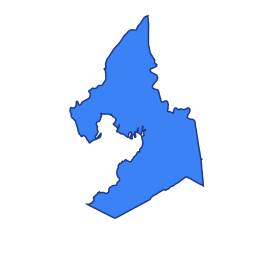 El Estor, Izabal, Guatemala, rotated 150°
{"feature_id": "79465075B63823362918265", "entity_name": "El Estor", "entity_type": "district", "adm_level": 2, "iso_a3": "GTM", "parent_name": "Guatemala", "parent_adm1": "Izabal", "projection": "robinson", "projection_center": [-89.332, 15.436], "detail": "fine", "context": "isolated", "style": "filled", "palette": "blue", "viewbox_px": 256, "rotation_deg": 150, "n_neighbors": 0, "source": "geoboundaries", "source_scale": "gbopen_adm2", "svg_char_len": 5893}
<svg xmlns="http://www.w3.org/2000/svg" viewBox="0 0 256 256"><g transform="rotate(150 128 128)"><path d="M66.8,100.5L66.9,101.7L67.2,102.6L68.7,103.9L69.7,104.3L69.8,104.6L70.5,105.5L71.3,106.6L71.3,107.8L69.3,109.6L67.5,110.5L65.9,111.8L65.2,112.9L65.0,113.6L65.1,114.5L65.9,115.3L66.9,115.6L67.6,115.5L70.2,115.8L73.2,118.5L74.1,118.1L74.5,118.2L76.0,119.9L75.9,120.6L77.3,121.8L78.4,121.5L79.1,120.7L80.0,120.0L80.9,118.9L81.0,118.4L81.7,118.4L83.4,121.0L83.8,121.4L84.7,121.6L85.4,122.5L85.2,123.0L83.7,124.7L82.5,126.7L81.5,127.8L81.2,129.3L80.9,130.0L80.8,131.5L81.3,132.3L82.5,132.9L84.3,132.8L85.3,133.3L86.0,134.3L85.7,136.0L85.2,136.9L84.7,139.4L83.4,143.6L83.1,145.6L83.2,146.0L83.6,146.6L84.8,147.6L86.2,149.5L86.6,150.2L86.6,151.0L86.2,151.6L85.0,152.6L82.3,153.8L80.0,154.5L78.5,155.3L77.5,156.2L77.0,157.1L76.8,157.8L76.8,159.4L77.6,160.6L77.8,161.5L78.4,162.0L80.1,164.9L80.2,165.9L79.8,167.0L79.4,167.6L78.9,167.9L77.9,167.5L76.9,167.7L75.0,167.2L73.8,167.2L72.0,167.5L71.4,168.2L71.7,169.5L72.3,170.1L72.3,171.1L71.9,172.1L71.0,173.4L70.8,175.0L71.1,175.6L71.1,178.8L71.2,179.0L71.2,181.9L69.9,185.9L69.4,186.9L68.7,189.7L67.7,191.5L67.2,192.7L65.8,194.7L65.8,195.1L64.8,196.5L60.9,203.3L59.3,205.7L58.9,206.7L58.4,207.3L55.3,214.4L54.6,215.2L57.3,215.7L58.4,215.6L62.0,214.0L62.5,213.6L64.4,212.6L66.2,211.9L68.3,211.3L69.2,210.8L70.8,209.5L72.2,208.9L73.0,209.2L75.4,211.1L77.5,211.7L80.1,211.3L80.7,210.9L84.6,209.9L86.9,209.0L88.4,208.0L91.5,206.5L101.5,203.2L103.1,202.2L105.0,201.4L108.7,199.3L111.8,198.1L113.6,196.5L115.4,194.6L117.2,190.9L117.9,190.7L118.4,191.3L118.7,191.3L119.1,191.0L119.1,190.1L118.9,189.0L119.1,188.4L120.2,185.9L122.5,181.7L123.4,180.8L124.7,180.1L127.2,179.0L128.1,178.4L129.0,178.1L129.9,178.2L130.8,178.9L132.3,179.4L133.6,179.2L135.1,178.4L137.2,178.8L138.8,180.3L140.8,179.9L141.3,179.5L142.8,179.9L143.2,179.8L143.5,179.5L143.7,178.8L143.4,177.2L144.0,175.6L145.8,173.8L146.4,173.5L148.3,173.2L154.0,173.4L154.9,173.2L157.3,171.9L158.4,172.0L158.8,172.4L158.9,173.0L158.4,176.1L158.6,176.4L159.0,176.6L159.4,176.5L159.9,176.2L160.5,175.3L160.5,175.0L161.8,173.4L162.6,172.8L163.3,172.4L164.2,172.4L165.1,172.6L166.3,173.3L167.2,174.3L168.2,173.7L169.2,172.5L170.0,170.8L170.1,170.2L170.0,169.1L170.6,168.2L170.9,167.1L171.4,166.0L171.3,164.3L170.6,163.0L170.5,161.8L170.0,160.8L170.1,160.2L171.7,153.2L172.8,150.0L173.0,148.2L173.3,147.0L173.3,146.7L172.7,146.3L172.7,144.0L172.1,143.7L171.6,143.7L171.1,144.1L170.1,143.9L169.9,142.9L169.6,142.7L169.1,141.6L169.0,139.3L169.4,138.4L168.8,136.4L168.9,134.5L167.9,134.2L167.1,134.5L163.9,134.8L161.6,134.2L158.4,133.9L156.9,134.0L155.8,134.5L154.1,136.5L154.1,136.9L154.7,136.9L156.4,136.0L158.6,135.2L159.9,134.5L160.6,135.0L160.9,135.7L161.0,136.7L160.5,137.2L159.5,137.4L159.1,137.7L158.3,137.8L157.7,138.7L156.5,139.1L155.8,139.7L155.3,142.3L154.9,143.1L153.7,144.6L153.7,146.8L153.2,147.7L151.9,148.5L150.6,148.6L149.6,148.3L148.4,148.7L147.1,149.8L146.8,150.3L145.9,150.9L144.7,152.0L144.1,153.2L144.3,154.0L143.7,153.9L143.3,152.9L142.5,152.6L141.1,151.6L139.0,150.5L137.5,149.4L136.8,148.6L136.2,147.5L136.0,147.4L135.6,147.7L135.6,146.0L134.4,143.7L134.0,142.0L134.0,141.5L136.7,139.2L138.5,139.0L138.7,138.2L137.5,135.0L137.3,133.8L137.0,133.5L136.4,133.3L136.0,133.5L134.5,134.5L133.6,135.5L134.2,134.4L135.7,133.3L136.5,132.2L137.6,132.3L137.9,131.6L139.3,131.1L139.6,130.4L139.5,130.2L138.4,129.6L137.2,126.9L135.1,125.0L134.0,122.9L133.5,121.2L132.8,120.1L132.3,120.1L132.0,120.3L129.9,123.1L128.0,123.3L127.6,123.2L127.5,122.8L127.8,121.3L128.1,121.0L128.9,120.5L129.6,119.5L130.6,119.0L131.7,119.1L131.7,118.7L130.4,116.8L130.1,116.6L129.4,116.8L129.3,117.0L129.2,117.8L128.8,118.3L128.5,119.2L126.9,120.2L126.2,119.6L126.2,119.3L126.7,116.6L126.4,116.3L125.8,116.5L125.4,116.8L125.3,117.6L124.9,118.2L124.6,119.9L124.0,120.4L124.3,120.9L124.3,121.1L123.7,121.1L123.3,120.2L122.9,120.1L120.6,121.9L119.2,122.8L119.0,122.7L119.8,121.9L120.4,120.7L121.5,120.2L121.8,119.5L121.7,118.7L120.6,117.3L120.5,115.8L120.1,115.7L119.2,116.3L116.4,119.4L116.0,120.3L114.5,122.2L114.4,122.0L114.5,121.7L114.4,121.3L116.0,119.9L116.4,118.9L117.0,118.1L116.9,117.9L116.5,117.8L114.2,118.2L113.7,118.1L113.7,117.7L114.2,117.3L115.1,117.8L115.8,117.4L117.6,114.5L117.8,113.4L119.4,113.6L120.1,114.1L120.3,114.1L122.1,108.9L123.2,106.9L124.8,105.0L125.3,104.7L128.4,103.7L129.7,101.7L130.3,101.6L131.1,102.3L131.9,102.3L134.6,100.5L137.6,99.9L139.2,98.7L140.1,98.6L141.7,97.6L142.3,97.4L143.2,97.6L143.9,98.2L144.0,98.8L145.1,99.9L145.3,100.8L145.7,101.6L146.1,101.8L148.3,101.1L148.7,101.3L149.3,101.9L149.6,101.8L150.2,101.8L150.4,101.7L150.6,101.2L150.9,100.9L151.3,100.9L151.9,101.0L152.7,101.5L153.5,100.9L154.9,100.7L156.1,98.7L157.0,98.0L158.1,97.4L160.0,94.9L160.7,93.5L161.2,90.8L161.1,89.9L160.6,89.4L160.5,88.9L161.1,87.5L162.0,86.7L163.6,86.3L164.4,86.4L166.0,84.8L166.5,84.4L167.1,84.4L170.0,85.7L173.2,85.6L174.9,84.9L175.4,83.9L176.9,82.2L177.8,82.0L179.1,82.1L180.3,82.5L180.9,83.8L181.6,84.5L183.7,85.6L184.9,86.0L184.9,86.4L184.7,86.9L186.6,87.0L187.6,86.1L189.3,86.0L190.7,85.4L192.4,85.3L193.0,84.5L193.1,83.3L193.6,82.1L195.5,81.8L196.5,81.3L197.4,81.2L198.3,81.5L199.7,81.4L201.4,82.3L199.9,79.7L195.9,73.8L191.1,66.2L190.6,65.7L185.6,58.0L184.5,56.6L183.3,56.2L144.7,55.1L143.5,55.9L142.4,56.3L140.2,56.7L136.5,56.5L134.3,56.8L129.3,56.7L128.2,57.0L127.7,56.7L126.7,55.4L123.3,55.1L122.2,55.3L121.5,55.6L120.4,55.9L118.5,55.4L116.4,55.5L115.0,55.8L113.0,55.6L111.4,55.9L110.6,55.7L109.4,56.1L108.4,56.1L106.7,56.3L105.7,56.3L104.7,56.5L104.0,56.5L103.2,56.8L101.9,56.6L101.3,55.9L101.1,55.4L100.0,53.9L95.7,46.7L92.9,42.1L92.1,41.1L91.7,40.3L90.0,43.7L87.2,49.9L86.3,51.5L85.0,54.8L81.6,61.8L81.0,63.6L80.7,64.0L79.8,64.1L80.4,64.8L74.5,80.6L72.1,86.5L71.8,87.6L70.0,92.0L68.9,95.2L67.1,99.5L66.8,100.5Z" fill="#3b82f6" stroke="#1e3a8a" stroke-width="1.5"/></g></svg>